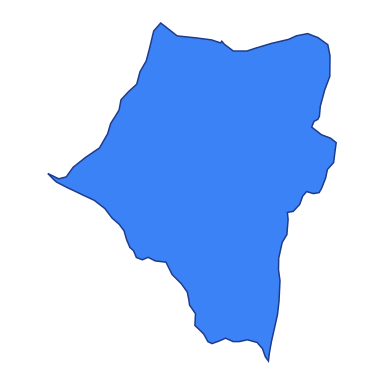 Acheleia, Paphos, Cyprus
{"feature_id": "46923920B16437409415047", "entity_name": "Acheleia", "entity_type": "district", "adm_level": 2, "iso_a3": "CYP", "parent_name": "Cyprus", "parent_adm1": "Paphos", "projection": "equal_earth", "projection_center": [32.481, 34.728], "detail": "fine", "context": "isolated", "style": "filled", "palette": "blue", "viewbox_px": 384, "rotation_deg": 0, "n_neighbors": 0, "source": "geoboundaries", "source_scale": "gbopen_adm2", "svg_char_len": 1400}
<svg xmlns="http://www.w3.org/2000/svg" viewBox="0 0 384 384"><path d="M47.8,173.5L53.6,179.5L56.7,182.2L67.8,187.9L73.7,190.6L83.0,195.1L94.2,200.3L104.9,208.6L112.1,218.1L119.1,224.2L124.1,230.9L126.7,239.9L129.9,247.5L133.5,250.6L136.4,257.5L142.4,259.8L148.1,257.3L155.2,260.9L166.0,262.2L172.1,274.5L181.4,283.8L187.3,292.1L188.8,299.7L189.6,305.2L195.5,313.7L194.9,325.5L200.6,330.9L203.8,334.2L207.9,341.6L212.0,343.6L218.9,341.1L225.6,338.2L233.1,341.6L239.3,341.6L247.4,339.8L257.2,342.5L259.0,344.7L262.5,348.7L265.3,356.7L268.4,361.0L268.7,358.5L269.4,352.9L271.4,341.8L277.5,314.6L279.0,301.2L279.4,293.0L280.0,280.7L278.5,269.8L278.7,258.2L282.2,242.4L286.9,234.6L288.1,219.5L287.4,212.4L293.2,211.4L299.7,204.4L302.7,196.1L306.6,191.6L313.5,193.6L319.1,192.6L321.6,188.3L325.7,177.8L327.4,169.5L333.6,162.6L335.1,150.8L336.2,142.7L330.6,138.2L321.4,134.7L311.7,127.1L314.0,121.3L317.8,119.4L319.4,116.3L320.3,106.2L324.7,90.0L329.8,76.4L330.0,55.7L328.3,47.2L327.8,44.7L318.0,37.6L307.6,33.6L296.4,35.8L288.5,39.4L271.4,43.4L255.1,48.3L247.0,51.0L233.3,51.0L224.4,44.3L221.8,41.2L220.5,42.9L211.6,39.9L197.1,38.0L177.2,35.9L160.7,23.0L153.7,31.0L149.3,49.3L146.2,61.0L140.0,71.7L136.7,84.2L128.6,91.6L121.0,99.8L119.1,109.9L115.2,116.4L110.7,123.4L107.6,133.8L99.5,147.9L85.5,157.4L73.2,167.2L66.2,176.9L58.7,178.8L47.8,173.5Z" fill="#3b82f6" stroke="#1e3a8a" stroke-width="1.5"/></svg>